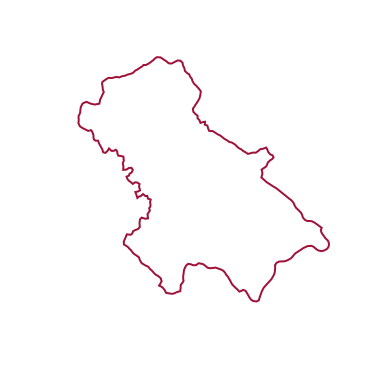 Anhembi, São Paulo, Brazil, rotated 129°
{"feature_id": "56859067B93211874574950", "entity_name": "Anhembi", "entity_type": "district", "adm_level": 2, "iso_a3": "BRA", "parent_name": "Brazil", "parent_adm1": "São Paulo", "projection": "mercator", "projection_center": [-48.17, -22.796], "detail": "fine", "context": "isolated", "style": "outline", "palette": "rose", "viewbox_px": 384, "rotation_deg": 129, "n_neighbors": 0, "source": "geoboundaries", "source_scale": "gbopen_adm2", "svg_char_len": 4117}
<svg xmlns="http://www.w3.org/2000/svg" viewBox="0 0 384 384"><g transform="rotate(129 192 192)"><path d="M239.6,92.5L237.8,91.4L235.8,90.6L235.1,88.0L237.1,82.7L238.0,80.4L238.5,78.0L238.2,75.8L236.4,72.9L234.1,71.9L230.8,73.3L227.3,74.5L225.3,75.2L221.4,76.0L217.7,75.9L214.6,75.7L212.8,75.6L209.7,75.4L205.4,76.1L203.1,76.8L201.1,77.9L198.4,79.8L196.5,81.5L193.8,81.7L191.2,80.5L187.6,76.5L186.0,75.4L183.3,74.1L181.3,73.4L179.1,73.2L175.0,73.2L168.2,71.0L166.1,70.4L163.6,69.3L161.3,68.1L158.6,65.2L158.1,63.0L158.2,58.9L157.8,56.7L156.4,54.0L154.0,52.3L151.3,51.3L149.2,51.3L146.9,52.2L145.1,54.1L144.2,56.0L144.0,59.2L143.1,62.3L142.6,64.2L141.8,66.3L140.5,67.9L138.2,68.7L138.4,72.4L138.6,77.0L139.3,80.5L140.4,82.2L142.0,84.2L142.6,86.9L142.0,89.9L140.4,92.1L139.5,94.4L139.0,98.5L138.9,100.7L138.3,102.8L136.5,106.4L135.9,109.7L136.0,112.2L136.0,116.3L136.0,120.5L136.0,125.0L136.0,127.8L136.2,130.1L136.6,132.6L137.0,136.6L137.4,140.1L137.2,143.6L137.1,147.2L133.6,148.7L131.9,150.4L130.8,152.0L125.4,150.4L121.2,151.6L118.2,151.2L115.8,150.4L113.8,150.4L112.8,152.4L113.5,154.9L112.9,158.1L111.6,160.2L110.8,162.3L114.1,164.3L115.8,165.9L118.2,166.3L121.2,167.1L123.1,169.5L125.3,171.1L127.2,172.5L127.4,175.1L127.9,177.8L127.9,180.7L128.5,183.6L128.3,185.7L128.0,188.6L128.5,192.1L129.7,194.8L129.8,197.5L130.3,200.4L130.3,203.0L130.3,205.3L131.0,208.5L131.3,211.3L131.6,214.1L133.7,217.1L132.5,219.4L130.7,221.9L131.6,224.5L129.2,226.1L130.6,227.4L133.0,228.9L131.5,231.4L131.2,234.1L129.3,235.5L129.2,238.7L128.8,241.5L126.6,243.8L124.5,243.8L122.0,244.2L118.3,244.5L114.5,245.1L111.2,246.7L108.2,248.5L107.3,252.1L106.8,255.3L106.5,258.7L105.4,261.6L104.1,263.5L103.6,265.8L102.3,268.3L102.7,270.4L102.4,273.6L100.5,276.0L99.2,278.8L97.5,280.7L97.3,283.7L99.0,286.1L102.6,287.6L105.1,288.8L106.7,291.2L106.5,293.5L106.9,297.8L107.2,301.2L109.4,304.2L111.9,304.9L114.1,305.1L116.5,305.7L119.3,306.4L122.4,307.8L123.7,309.6L125.9,309.8L128.1,310.6L131.2,311.5L133.4,312.5L136.8,312.9L139.1,314.3L141.2,315.9L143.9,317.3L146.2,319.3L148.8,320.7L150.2,323.3L152.0,324.6L154.0,326.1L155.8,328.7L158.2,329.6L160.8,330.4L162.9,330.9L164.8,329.8L166.1,328.1L168.5,325.8L169.8,323.5L172.4,322.9L175.4,322.1L178.0,321.5L181.7,319.6L185.2,322.6L186.6,325.2L187.6,327.8L188.2,330.5L190.2,331.9L192.4,332.7L195.8,331.9L198.0,330.7L200.3,329.1L202.1,328.4L204.5,327.9L207.5,325.2L210.0,323.6L211.5,320.4L211.2,317.3L210.4,313.8L209.9,311.2L207.5,309.4L208.0,307.4L209.7,304.5L211.5,303.0L212.9,301.3L212.8,299.2L211.2,297.3L212.8,294.8L213.9,292.0L215.4,288.4L217.0,286.1L216.1,283.9L213.1,283.5L210.4,283.9L210.7,280.5L209.3,278.7L207.1,277.8L207.5,275.7L209.1,274.1L210.2,272.1L208.8,270.0L207.7,267.6L210.4,264.8L213.2,263.9L215.3,261.4L218.1,259.4L215.9,257.1L213.1,256.2L211.3,254.3L212.0,252.0L214.7,251.2L217.2,252.0L218.9,251.3L221.3,252.5L222.6,250.2L223.0,248.0L222.8,245.7L223.0,243.1L220.4,242.4L219.1,240.5L218.8,237.8L221.1,236.6L223.4,233.4L225.5,234.2L227.7,236.0L229.4,233.1L231.0,230.7L229.2,230.4L227.2,229.2L224.4,228.8L224.5,225.7L223.2,224.3L224.9,222.0L223.8,219.4L226.4,218.1L227.9,216.3L229.6,215.2L231.5,215.1L233.1,213.0L237.1,212.7L240.2,209.6L242.2,211.5L243.6,215.0L246.2,215.1L249.1,213.3L252.1,210.5L254.9,210.7L257.2,212.1L259.5,213.1L261.9,212.3L263.8,212.7L265.9,216.0L270.1,214.7L273.3,213.9L275.6,211.9L275.1,207.7L275.8,202.1L276.6,199.2L276.5,197.0L276.3,194.8L276.1,192.2L277.6,189.9L279.0,186.4L278.4,182.1L277.6,179.0L278.2,176.5L278.4,173.2L278.9,170.5L279.1,168.1L278.6,165.5L278.7,162.1L280.4,159.5L283.2,158.9L285.5,158.7L284.8,156.2L284.8,154.1L285.4,151.6L286.7,148.7L285.1,145.8L283.6,143.3L281.7,141.9L278.7,140.4L276.5,138.7L273.5,140.6L271.3,142.3L268.4,142.3L266.5,142.6L264.7,144.5L263.2,145.7L260.9,147.1L257.9,149.0L255.3,149.8L252.9,150.3L250.3,149.8L248.9,147.5L248.3,145.2L246.4,142.9L243.2,142.0L241.2,138.4L240.9,135.1L241.1,132.3L239.6,129.6L236.0,126.2L235.3,124.3L234.0,120.8L233.5,118.1L233.9,115.5L234.9,113.2L235.1,111.1L236.0,108.9L236.9,106.4L238.5,102.8L238.9,99.7L239.2,95.2L239.6,92.5Z" fill="none" stroke="#9f1239" stroke-width="2"/></g></svg>